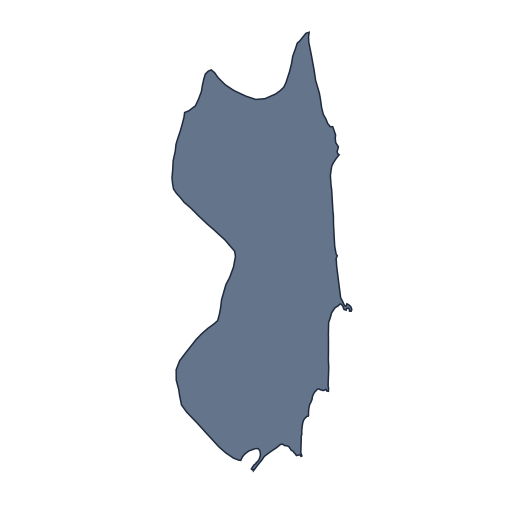 Harper, Maryland, Liberia, rotated 260°
{"feature_id": "62588387B65193305891299", "entity_name": "Harper", "entity_type": "district", "adm_level": 2, "iso_a3": "LBR", "parent_name": "Liberia", "parent_adm1": "Maryland", "projection": "orthographic", "projection_center": [-7.714, 4.427], "detail": "fine", "context": "isolated", "style": "filled", "palette": "slate", "viewbox_px": 512, "rotation_deg": 260, "n_neighbors": 0, "source": "geoboundaries", "source_scale": "gbopen_adm2", "svg_char_len": 3539}
<svg xmlns="http://www.w3.org/2000/svg" viewBox="0 0 512 512"><g transform="rotate(260 256 256)"><path d="M46.1,215.2L46.2,216.1L44.9,216.1L46.2,217.6L48.9,220.4L51.1,222.9L54.0,226.3L57.2,229.4L60.2,235.2L62.1,239.4L63.7,243.1L66.1,247.3L66.1,249.5L64.3,251.3L63.6,253.9L62.1,255.5L58.7,256.9L57.9,257.7L57.6,258.4L56.7,259.0L55.9,259.2L55.0,259.9L54.6,260.2L54.0,260.4L53.4,260.7L52.5,261.1L52.5,262.6L52.6,263.6L52.6,264.5L52.2,264.9L51.7,265.2L50.8,265.5L50.9,266.3L51.7,266.5L52.4,266.3L53.0,266.1L54.0,266.1L55.3,266.1L56.9,266.5L62.4,267.6L67.4,268.7L70.2,269.1L72.9,270.3L75.1,270.5L79.8,271.8L81.2,272.2L82.1,272.6L83.9,273.2L86.1,274.5L87.5,275.7L88.4,277.2L89.2,278.1L89.2,278.9L89.2,279.6L89.6,280.0L91.2,280.2L94.3,280.9L96.2,281.4L98.4,282.2L100.2,283.0L101.0,283.5L102.6,284.8L104.0,285.6L104.8,286.2L107.0,286.9L108.7,287.7L110.6,289.1L112.3,290.7L112.9,291.8L114.2,293.3L114.2,294.8L112.9,296.4L112.6,297.6L112.1,298.1L111.8,299.1L112.0,300.3L112.4,301.1L112.4,301.8L111.6,302.1L110.7,302.3L110.2,303.8L113.1,304.5L115.7,304.5L119.2,305.2L128.9,307.3L134.9,308.5L136.0,308.6L141.1,309.2L149.0,310.7L159.0,312.5L163.2,313.2L165.9,313.6L178.0,316.0L182.2,318.4L186.9,320.6L190.1,323.7L191.3,324.9L192.7,328.4L194.2,330.5L194.0,331.0L193.2,331.9L191.0,332.9L188.0,333.4L187.0,335.4L188.4,335.7L188.7,337.7L187.3,338.7L185.4,338.5L185.1,340.2L186.8,341.1L189.8,340.5L191.8,338.9L193.2,337.2L191.2,336.2L191.2,335.2L192.4,334.4L195.9,333.5L198.7,332.6L200.1,332.1L201.9,332.2L206.4,332.4L212.4,332.7L216.5,332.9L232.5,333.7L235.7,334.1L239.5,334.4L241.5,335.7L242.2,336.1L243.9,335.3L247.6,335.2L251.7,335.2L257.8,335.9L265.2,336.8L274.2,337.9L282.0,339.2L284.3,339.4L286.4,339.5L295.8,340.6L307.9,342.0L309.7,342.1L312.6,342.2L322.2,343.2L327.0,344.7L331.3,346.2L334.4,348.4L337.9,351.7L341.3,355.5L342.7,354.1L345.0,354.1L346.9,355.1L348.7,355.9L349.2,356.1L353.8,354.2L358.2,354.5L361.3,355.4L366.5,354.6L370.0,354.0L370.5,351.5L371.7,350.9L374.1,349.6L379.0,348.6L383.6,346.9L390.5,346.4L399.4,346.7L402.9,346.7L405.4,346.7L418.5,345.2L428.7,345.5L445.5,345.4L457.4,345.1L462.7,345.8L467.1,347.2L466.7,343.9L460.1,336.3L458.5,333.6L453.4,330.9L446.2,326.8L439.1,324.3L431.9,321.1L421.7,315.7L417.4,312.7L416.1,310.7L414.6,308.5L412.1,303.3L410.8,297.9L409.4,292.3L409.6,289.5L410.2,283.0L415.0,274.1L421.9,264.2L423.8,261.9L430.0,255.4L438.1,249.7L443.8,247.0L447.1,244.2L446.3,241.0L444.0,237.7L439.7,235.5L433.0,232.7L427.5,230.8L420.7,226.8L417.1,224.3L414.5,222.5L410.7,215.1L409.7,210.6L405.4,209.3L397.5,205.7L392.2,203.1L385.6,199.5L384.1,198.7L379.9,196.6L373.3,194.7L364.3,191.0L354.8,188.8L347.5,186.8L341.5,186.4L336.3,186.4L331.4,188.6L327.4,191.2L322.9,193.7L321.2,194.6L315.3,199.5L310.7,202.8L305.9,206.1L295.8,213.6L288.6,219.5L283.2,223.6L277.1,228.3L271.9,231.3L267.1,234.2L264.5,235.8L259.9,235.7L258.9,235.6L249.0,231.9L239.9,226.6L239.0,226.0L233.1,221.4L226.5,218.2L218.7,214.4L211.3,212.2L207.3,210.7L205.2,209.9L199.0,207.0L196.2,202.4L193.2,196.2L189.0,189.2L183.8,182.1L178.2,175.9L173.8,170.9L166.1,162.6L157.8,157.6L147.6,155.9L138.1,156.7L137.5,156.7L131.9,156.5L125.7,156.7L122.4,156.7L114.3,160.6L101.2,169.4L91.1,175.7L74.5,186.3L67.4,192.0L60.7,198.9L58.9,202.0L58.1,203.2L57.3,205.5L60.6,207.8L62.6,210.2L63.8,212.2L65.3,215.3L65.7,217.9L65.9,218.8L66.4,221.8L66.0,224.2L65.8,224.8L63.7,225.9L60.7,226.0L58.4,225.5L55.2,223.8L54.3,222.9L53.0,221.5L52.7,220.4L51.7,220.1L50.7,217.9L50.2,217.4L49.2,216.3L47.1,214.4L46.1,215.2Z" fill="#64748b" stroke="#1e293b" stroke-width="1.5"/></g></svg>